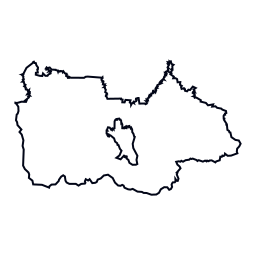 outline of Bogor, Jawa Barat, Indonesia
{"feature_id": "22746128B99423643145371", "entity_name": "Bogor", "entity_type": "district", "adm_level": 2, "iso_a3": "IDN", "parent_name": "Indonesia", "parent_adm1": "Jawa Barat", "projection": "albers", "projection_center": [106.799, -6.545], "detail": "fine", "context": "isolated", "style": "outline", "palette": "ink", "viewbox_px": 256, "rotation_deg": 0, "n_neighbors": 0, "source": "geoboundaries", "source_scale": "gbopen_adm2", "svg_char_len": 5730}
<svg xmlns="http://www.w3.org/2000/svg" viewBox="0 0 256 256"><path d="M177.1,79.1L175.5,78.2L173.2,78.3L173.8,76.6L170.5,74.3L171.3,73.5L169.5,72.3L172.1,71.9L171.3,71.7L172.0,70.3L171.2,69.4L171.7,69.0L172.5,69.3L172.3,65.9L173.5,64.8L171.5,63.9L170.8,61.3L170.1,61.5L170.6,62.2L169.6,61.5L169.7,62.1L169.1,62.1L169.6,62.6L169.2,63.5L168.2,63.0L168.7,64.0L167.9,64.1L168.8,65.3L167.9,66.6L168.3,67.6L169.1,67.5L168.0,67.9L168.8,68.6L167.9,69.3L168.3,70.5L165.9,71.7L166.4,72.9L165.2,72.8L166.2,74.3L165.2,74.5L165.8,75.4L165.0,75.5L164.7,76.8L163.4,76.6L164.3,77.2L163.4,78.9L163.9,79.5L163.0,79.2L162.0,80.1L162.5,80.3L161.8,81.9L160.5,81.5L159.6,82.6L159.5,83.3L160.7,83.6L157.4,85.1L157.1,86.1L157.7,86.6L157.2,87.3L156.6,86.9L155.8,88.1L156.4,88.3L155.8,88.5L156.1,89.7L155.6,89.9L156.1,90.6L155.5,92.2L155.0,91.4L154.4,91.9L153.8,91.3L153.6,92.3L152.9,91.6L152.6,93.4L151.2,93.6L151.2,95.3L150.0,95.0L150.1,95.8L149.2,95.6L148.8,97.0L149.2,97.5L147.6,98.4L147.9,99.9L147.4,99.7L147.4,100.6L146.7,100.1L147.0,101.5L146.3,101.4L146.8,101.9L146.5,103.0L145.7,102.8L146.6,103.6L145.6,104.2L144.6,103.5L139.4,103.6L138.6,98.0L137.9,98.0L136.0,98.6L135.9,99.4L136.7,100.1L136.2,101.1L134.3,102.0L133.8,101.6L133.4,102.1L133.8,103.1L133.1,102.7L132.0,103.3L131.1,104.9L131.0,103.2L129.8,102.5L130.5,100.3L125.5,99.9L124.6,102.4L122.3,102.3L122.6,99.6L121.0,99.3L121.0,98.6L107.4,98.8L106.7,96.9L105.8,96.2L105.9,95.4L106.9,94.8L106.5,94.4L107.0,93.4L105.2,92.1L105.8,89.7L105.0,88.7L104.9,87.1L104.1,87.1L104.7,86.6L104.3,85.3L104.7,85.2L104.0,84.8L104.5,84.3L102.9,84.3L103.4,81.7L102.6,81.6L103.1,81.1L101.5,79.9L101.5,78.6L102.6,78.0L102.5,77.3L102.1,77.7L87.7,76.6L85.6,76.8L84.1,77.8L70.7,77.7L69.1,76.8L69.0,77.9L67.9,77.9L67.7,76.8L66.3,76.1L66.9,75.0L66.2,74.8L66.5,73.7L64.8,73.3L63.4,71.3L62.7,72.2L62.3,71.2L60.4,71.0L59.8,71.6L58.5,70.8L58.1,71.8L57.7,70.6L55.6,70.0L56.4,69.8L51.6,69.6L49.7,67.5L47.4,68.1L46.6,67.4L45.8,68.7L46.5,68.9L46.4,69.6L48.2,69.5L49.6,70.7L49.0,71.4L50.5,71.0L51.0,71.5L50.1,73.1L50.4,73.5L48.4,74.5L47.5,75.8L45.4,75.8L43.0,73.4L42.3,76.0L39.6,75.8L35.8,74.7L35.9,72.8L37.8,72.5L37.3,69.5L37.9,69.2L38.0,67.5L36.4,65.3L35.8,63.1L34.5,63.0L33.9,61.7L33.2,62.0L32.6,63.1L26.5,67.8L23.4,73.8L22.0,74.4L23.1,74.6L22.4,75.5L23.4,76.4L23.2,78.0L23.8,79.1L22.8,79.8L23.5,80.9L22.5,81.7L23.8,81.8L24.3,84.0L25.4,84.8L24.7,85.4L25.5,86.6L24.7,86.1L24.3,86.4L26.0,87.5L26.5,87.1L25.5,88.0L25.8,89.4L27.1,89.5L27.9,91.1L29.0,90.1L28.7,91.7L29.8,91.9L29.8,93.3L27.7,93.5L27.2,94.3L28.6,94.0L29.9,95.6L28.7,95.5L29.5,96.0L28.2,96.5L28.8,97.5L25.4,100.3L26.6,100.5L26.0,101.9L21.5,101.7L17.0,103.0L15.4,102.7L15.4,103.2L16.4,103.8L18.3,106.7L18.5,111.0L17.7,113.6L16.7,114.6L16.0,120.2L17.1,122.2L17.5,125.1L21.4,129.5L19.5,132.0L21.7,134.5L23.4,140.3L22.6,146.0L23.7,149.5L23.1,165.6L24.9,169.1L28.5,172.5L29.2,174.5L28.9,177.9L32.4,180.6L33.2,184.4L42.0,184.8L49.1,187.6L49.4,186.3L51.5,184.6L55.5,184.4L58.7,181.0L59.0,179.7L61.1,176.7L63.2,175.3L64.9,176.5L65.5,180.7L66.6,182.5L69.4,183.9L75.9,183.9L78.5,185.6L81.2,183.9L84.9,183.6L85.4,182.8L84.9,181.3L85.8,179.2L88.1,180.5L89.6,179.2L92.3,183.1L95.2,182.8L96.7,182.0L97.7,179.6L100.7,178.5L103.8,175.5L108.0,174.7L112.7,178.0L115.0,182.6L118.1,185.5L120.5,185.8L122.2,184.9L123.6,185.6L124.5,187.7L128.1,189.3L130.4,189.6L132.7,188.9L137.5,191.6L141.9,191.9L143.6,192.9L146.6,193.0L151.4,194.7L156.3,194.5L159.0,192.8L160.8,189.3L164.2,187.2L167.3,187.3L169.2,189.8L170.9,189.0L172.1,186.9L171.6,184.7L172.1,183.4L172.8,182.4L174.8,182.3L175.5,181.4L175.4,178.9L176.6,180.7L177.7,180.9L178.5,178.7L176.8,174.6L177.6,172.2L177.1,172.2L180.5,168.3L179.6,166.5L177.4,164.6L176.2,161.8L178.8,161.3L180.4,161.7L181.3,160.8L183.0,161.7L185.6,160.2L189.2,159.7L190.4,158.6L191.5,159.0L192.7,158.6L196.7,160.1L197.4,161.0L198.7,160.2L202.9,161.6L205.1,160.6L206.6,161.4L207.1,160.6L208.7,161.2L209.6,160.5L211.7,160.4L215.4,162.4L216.2,161.4L219.7,160.3L220.3,156.7L221.8,156.8L222.4,155.6L223.7,156.0L224.8,155.0L225.0,153.7L227.7,155.8L231.1,155.6L237.4,153.3L236.8,151.5L237.2,148.6L239.2,146.5L240.6,143.7L238.8,140.5L235.4,139.9L231.4,137.1L230.4,132.5L229.4,132.3L229.0,130.9L227.4,129.9L226.9,124.7L226.3,124.6L226.5,123.7L224.1,120.0L224.4,118.7L223.7,118.6L223.6,115.9L224.2,114.8L225.1,114.7L225.0,113.5L226.3,113.0L226.0,111.0L222.3,109.6L221.3,108.6L217.1,107.8L215.5,106.3L212.2,106.6L213.1,104.4L208.0,105.3L205.9,102.9L200.6,101.6L200.8,100.2L196.9,97.9L195.8,97.4L193.8,98.0L194.9,97.4L194.5,96.3L193.6,96.2L194.8,95.5L194.7,94.5L194.1,93.0L193.8,93.8L192.7,92.9L193.0,92.4L194.5,92.4L193.6,91.6L194.6,91.0L193.6,89.5L195.7,88.0L192.8,86.6L190.1,90.0L188.4,89.7L187.1,91.3L185.1,90.8L185.0,89.3L184.3,89.2L184.2,88.3L183.9,88.2L181.6,88.9L181.0,87.0L181.8,85.9L180.0,84.8L180.3,82.1L177.6,82.3L177.1,79.1ZM116.6,119.0L119.2,118.6L119.7,119.7L120.5,119.6L121.1,120.6L121.3,123.2L121.6,122.9L122.3,124.4L122.3,128.2L124.0,128.3L123.9,127.6L125.7,126.5L125.7,128.0L126.6,128.2L127.3,126.4L129.2,126.0L129.1,127.3L130.6,127.2L130.8,128.1L131.2,127.6L132.1,129.3L132.3,132.2L133.4,133.7L134.3,136.9L135.0,136.1L132.7,143.8L133.3,148.1L137.4,155.8L136.5,159.9L137.3,164.0L136.0,164.7L132.5,164.8L129.4,162.8L128.4,159.9L126.6,158.5L126.8,155.7L125.8,157.3L125.2,157.2L125.6,156.5L124.0,155.6L120.6,159.3L116.4,157.8L119.5,155.4L121.5,150.7L119.9,148.8L118.5,145.1L117.5,144.9L117.2,143.2L115.1,141.6L114.1,138.4L110.5,135.4L109.1,135.8L109.0,136.5L108.1,136.3L107.4,135.1L108.4,134.3L106.6,133.5L106.6,130.6L107.3,130.6L106.9,130.1L108.0,127.3L109.7,127.6L111.1,129.6L111.9,128.8L112.3,129.8L112.9,128.8L113.5,129.3L113.4,128.5L114.5,128.2L114.6,121.3L115.3,119.9L116.9,119.8L116.6,119.0Z" fill="none" stroke="#020617" stroke-width="2"/></svg>